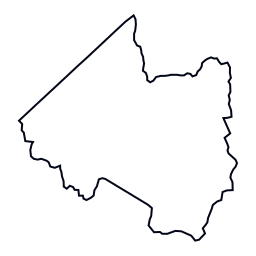 the district of Cerro Grande do Sul, Rio Grande do Sul, Brazil
{"feature_id": "56859067B43846706170936", "entity_name": "Cerro Grande do Sul", "entity_type": "district", "adm_level": 2, "iso_a3": "BRA", "parent_name": "Brazil", "parent_adm1": "Rio Grande do Sul", "projection": "albers", "projection_center": [-51.747, -30.579], "detail": "fine", "context": "isolated", "style": "outline", "palette": "ink", "viewbox_px": 256, "rotation_deg": 0, "n_neighbors": 0, "source": "geoboundaries", "source_scale": "gbopen_adm2", "svg_char_len": 1764}
<svg xmlns="http://www.w3.org/2000/svg" viewBox="0 0 256 256"><path d="M19.0,120.7L22.2,124.0L21.7,130.4L23.8,132.6L25.3,141.1L33.0,142.0L31.6,144.5L30.3,150.1L31.0,156.3L33.8,158.8L37.6,159.6L41.3,158.8L46.6,160.7L48.7,162.3L50.3,166.5L54.8,167.8L60.1,165.7L60.2,168.8L61.4,172.0L62.0,176.3L63.6,181.2L63.8,186.6L66.8,188.7L69.8,185.8L73.0,187.0L74.6,189.8L78.4,190.0L79.0,195.7L82.9,195.7L83.6,198.7L86.5,200.0L90.7,197.9L93.6,195.6L94.4,190.3L96.9,186.3L98.9,179.3L102.2,178.2L105.2,178.9L147.9,204.7L151.9,208.1L151.2,216.0L149.7,219.6L148.6,225.5L154.0,232.2L160.0,232.0L162.3,233.8L167.3,233.8L175.3,230.9L181.3,231.3L191.3,235.7L195.2,240.6L199.1,239.7L205.0,233.5L202.8,228.3L205.7,224.8L207.3,222.5L208.1,217.9L211.9,208.4L212.8,205.0L217.2,201.5L221.3,200.0L222.6,192.0L226.9,190.4L232.7,190.1L232.5,182.2L230.4,177.7L231.0,174.1L233.2,169.6L235.5,166.8L237.0,163.1L235.5,159.7L228.5,153.4L227.5,150.4L228.5,147.2L227.1,143.4L224.6,137.8L230.2,133.4L223.4,118.1L227.6,117.8L231.5,116.8L231.1,110.3L228.8,104.1L229.8,99.8L228.7,95.4L230.4,92.0L230.3,88.0L230.1,84.3L228.5,81.5L230.9,77.9L229.9,73.1L230.0,67.5L227.5,62.6L223.8,63.6L221.3,64.2L219.2,62.0L216.9,58.3L214.2,58.6L211.0,57.4L207.1,59.0L204.2,61.1L202.1,63.1L201.7,66.3L200.1,69.3L197.7,71.5L196.2,75.1L192.5,76.4L190.4,73.9L187.2,73.3L184.0,75.4L180.5,75.4L177.2,74.8L173.9,74.8L171.0,74.8L167.8,75.5L164.4,75.9L160.8,75.9L156.1,77.0L153.4,80.6L150.2,82.3L147.2,80.1L147.2,76.7L145.9,73.0L142.9,70.7L143.3,67.8L144.1,63.4L143.4,60.3L143.1,56.9L141.5,53.2L141.1,49.7L140.2,46.7L137.1,45.5L134.1,40.2L134.1,33.7L135.2,30.7L135.9,24.4L135.5,19.2L133.6,15.4L125.4,21.7L114.3,32.0L95.0,50.1L86.0,58.5L77.7,66.0L63.5,79.3L34.8,105.9L19.0,120.7Z" fill="none" stroke="#020617" stroke-width="2"/></svg>